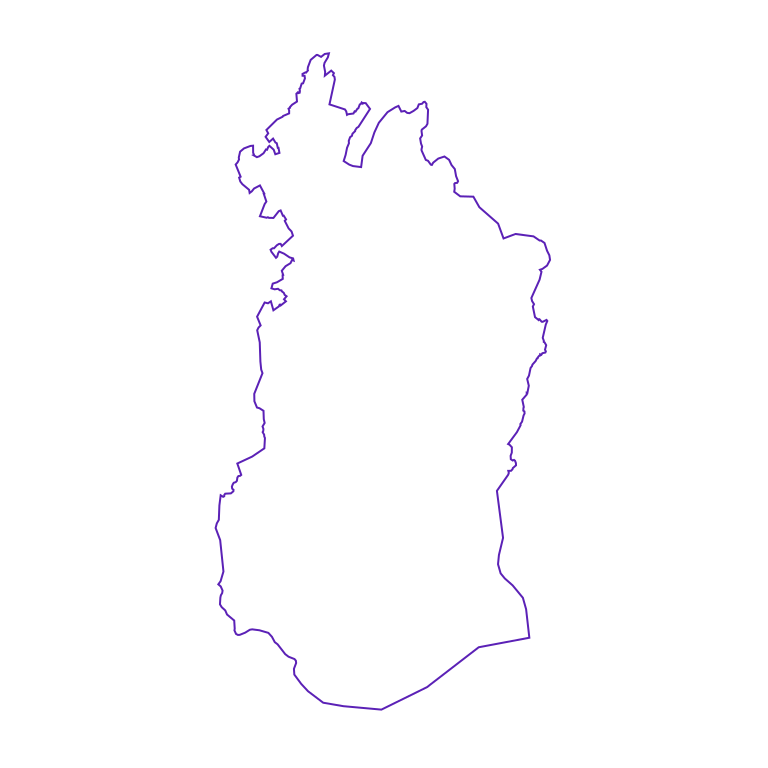 Ballymahon Lea-6, Longford, Ireland (Robinson projection), rotated 275°
{"feature_id": "5873133B88406731709637", "entity_name": "Ballymahon Lea-6", "entity_type": "district", "adm_level": 2, "iso_a3": "IRL", "parent_name": "Ireland", "parent_adm1": "Longford", "projection": "robinson", "projection_center": [-7.714, 53.623], "detail": "fine", "context": "isolated", "style": "outline", "palette": "violet", "viewbox_px": 768, "rotation_deg": 275, "n_neighbors": 0, "source": "geoboundaries", "source_scale": "gbopen_adm2", "svg_char_len": 5076}
<svg xmlns="http://www.w3.org/2000/svg" viewBox="0 0 768 768"><g transform="rotate(275 384 384)"><path d="M700.5,282.7L693.0,280.6L690.7,280.5L689.7,280.9L687.4,279.2L687.6,278.6L685.8,275.8L684.0,276.0L684.1,278.0L681.6,278.6L676.5,277.2L676.1,275.8L671.1,274.7L670.8,274.1L668.6,274.7L666.8,274.6L666.3,273.3L667.1,272.8L665.5,271.4L657.8,272.7L654.2,268.1L651.7,266.2L651.0,266.3L650.0,264.9L648.1,265.7L645.3,265.9L642.2,260.1L641.4,259.7L638.1,254.3L626.8,244.7L623.6,246.8L619.9,244.5L615.1,248.6L618.8,252.1L615.1,254.8L614.5,256.2L610.0,257.6L610.1,258.3L605.1,259.7L603.4,255.7L607.8,253.7L611.3,249.1L610.0,248.0L607.2,247.1L607.4,246.0L603.4,243.9L600.0,240.0L598.9,237.6L600.5,234.2L600.7,234.7L602.9,233.5L610.0,232.8L609.5,230.2L606.5,224.0L602.9,220.4L597.0,219.6L595.0,220.0L592.0,218.8L589.7,217.1L578.0,223.1L577.0,221.7L573.2,223.2L570.7,225.5L565.7,232.7L562.6,233.5L564.4,235.5L567.4,237.5L571.0,243.1L563.3,248.1L563.1,247.6L555.5,250.9L552.8,249.4L540.3,245.8L539.4,252.6L540.0,253.8L539.5,254.8L539.8,259.4L547.0,264.1L547.9,265.9L542.8,268.6L543.0,269.4L539.4,272.1L537.9,270.9L530.7,275.4L527.9,278.6L523.8,280.4L512.5,270.2L514.6,268.8L514.4,267.2L512.9,265.2L509.6,262.6L509.5,261.2L507.9,259.3L505.9,260.3L500.3,265.4L501.5,266.5L505.1,267.2L506.8,268.1L505.1,273.1L501.9,278.9L501.2,282.5L499.1,283.2L499.6,281.6L496.2,280.3L492.8,275.7L487.9,272.3L483.8,274.1L483.5,273.5L479.9,274.0L476.0,268.5L474.3,264.4L469.5,263.5L468.8,266.8L469.6,270.1L468.3,272.1L468.3,273.7L467.3,274.3L466.1,276.2L464.1,277.3L462.9,279.3L459.7,277.0L457.8,279.1L453.2,274.2L454.1,273.5L453.9,273.1L452.1,272.5L447.8,267.4L456.5,264.1L454.3,261.4L454.8,258.0L440.0,251.7L431.6,256.0L429.3,254.1L426.5,253.0L414.6,256.6L395.6,258.9L387.7,260.4L384.2,262.0L362.9,255.6L355.5,256.4L349.5,259.5L349.0,262.1L346.8,266.3L338.5,267.3L334.8,268.5L331.1,266.7L328.7,267.8L326.6,267.8L325.5,267.3L323.1,269.0L321.3,269.3L319.8,270.1L309.5,270.4L300.2,259.0L292.0,244.8L281.0,249.7L280.0,248.7L279.6,247.0L278.1,246.1L274.7,245.9L273.3,244.8L272.5,242.9L270.9,242.1L268.5,241.4L266.5,241.9L265.5,243.3L264.0,243.3L261.7,241.0L260.9,235.4L259.7,234.6L258.2,234.6L257.6,233.6L258.9,231.0L248.7,230.6L234.3,231.3L230.6,229.6L225.9,228.8L214.2,234.4L183.2,240.4L173.3,238.4L170.0,236.4L168.1,239.0L164.1,241.2L161.6,241.0L159.3,239.9L156.8,239.6L150.2,239.8L147.5,241.8L144.6,245.6L140.7,247.7L135.3,255.4L127.3,256.6L125.5,256.5L122.1,258.4L121.3,260.3L121.5,262.1L124.2,267.4L127.5,271.8L128.1,274.1L127.8,281.4L126.0,290.5L122.4,294.4L117.3,297.7L115.4,300.7L106.3,309.1L104.0,312.7L102.2,318.8L100.7,320.3L98.4,320.8L92.4,319.1L86.7,320.0L78.1,327.6L71.3,335.1L61.2,351.2L59.5,371.6L59.4,409.8L85.9,453.5L88.4,456.1L130.0,501.3L143.9,550.9L172.0,545.2L183.1,541.0L194.6,529.7L200.8,521.3L205.5,516.7L214.4,513.3L223.7,513.4L241.1,516.0L287.4,505.8L304.4,515.6L306.3,516.1L308.3,515.4L308.6,518.1L310.2,519.4L311.5,519.7L314.5,522.6L316.7,522.3L319.0,521.2L319.7,520.1L319.0,518.9L320.1,516.9L323.5,516.4L326.8,517.3L332.1,516.9L334.5,514.3L335.0,512.9L347.6,520.6L353.7,523.2L355.0,523.7L355.9,523.3L358.5,524.8L364.9,525.8L366.8,526.6L368.9,526.3L369.6,525.1L372.3,525.0L373.2,525.3L380.4,523.1L385.9,527.1L387.7,526.9L387.5,527.6L394.9,528.4L401.5,526.2L405.0,527.7L412.7,528.6L414.8,529.9L416.3,530.2L420.2,533.1L422.8,534.1L423.0,534.8L424.6,535.3L425.9,536.4L426.0,537.0L427.2,537.0L426.8,538.2L428.5,539.1L429.4,542.0L430.6,542.4L432.2,541.4L436.8,542.2L439.5,540.3L439.8,539.5L441.1,539.4L443.8,538.1L457.4,540.0L461.0,541.2L462.0,540.3L459.8,536.7L459.8,535.6L462.1,533.2L462.0,532.5L461.3,532.3L463.8,528.6L474.2,525.5L476.6,526.5L479.5,524.3L482.5,523.3L501.5,529.9L509.5,531.1L511.4,529.4L512.4,531.7L516.2,536.1L522.1,538.6L526.6,537.5L531.0,534.8L538.5,531.6L540.6,527.9L540.5,526.5L544.1,520.1L544.9,501.9L539.4,490.4L553.7,483.7L568.4,463.6L578.4,456.7L577.6,443.6L581.6,437.2L584.7,437.4L589.4,436.6L590.3,437.2L590.8,439.4L592.5,440.1L597.3,437.7L604.3,435.8L608.0,432.2L613.0,429.3L615.9,424.4L613.3,418.4L608.8,413.7L606.4,412.6L606.6,411.5L610.2,408.4L610.9,406.1L619.9,401.1L621.0,400.9L623.9,401.3L626.8,399.9L631.8,398.6L634.9,400.3L639.4,399.3L640.7,399.5L644.4,403.4L647.0,404.6L661.1,404.0L663.5,402.0L666.8,401.9L668.7,400.0L668.3,398.8L666.5,397.5L665.6,394.3L661.8,393.2L658.6,389.6L656.0,385.8L656.1,383.5L657.8,380.8L656.9,377.5L662.3,374.2L660.6,371.1L655.1,363.8L643.8,356.1L633.8,352.5L622.8,349.9L609.5,342.8L598.1,342.3L598.4,334.1L599.5,330.3L602.6,324.4L608.9,325.8L616.1,326.6L620.8,328.1L623.1,327.7L626.9,328.7L628.4,330.4L630.6,330.8L633.4,333.2L634.3,333.2L636.7,334.5L637.9,336.1L656.8,346.1L662.2,341.3L662.1,338.7L661.5,338.4L662.5,337.2L660.8,336.4L660.4,335.5L656.4,334.4L655.9,333.5L652.9,331.9L653.1,331.0L650.8,330.0L649.6,324.7L648.9,323.7L652.3,322.6L654.1,321.2L657.8,305.3L683.0,308.5L685.6,307.9L687.2,306.2L689.3,307.0L691.6,304.1L686.0,298.2L689.7,298.2L696.0,296.4L698.8,296.8L704.5,299.6L708.6,300.3L707.6,296.2L704.4,292.8L706.0,289.1L705.9,288.1L700.5,282.7Z" fill="none" stroke="#5b21b6" stroke-width="2"/></g></svg>